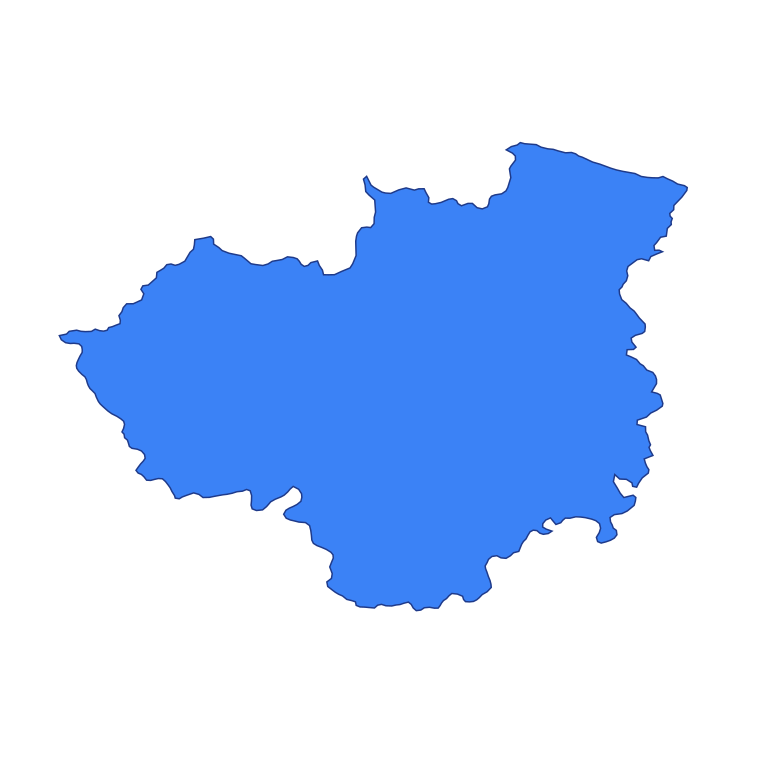 outline of Baliza, Goiás, Brazil, rotated 265°
{"feature_id": "56859067B68907801422928", "entity_name": "Baliza", "entity_type": "district", "adm_level": 2, "iso_a3": "BRA", "parent_name": "Brazil", "parent_adm1": "Goiás", "projection": "equal_earth", "projection_center": [-52.451, -16.34], "detail": "fine", "context": "isolated", "style": "filled", "palette": "blue", "viewbox_px": 768, "rotation_deg": 265, "n_neighbors": 0, "source": "geoboundaries", "source_scale": "gbopen_adm2", "svg_char_len": 6007}
<svg xmlns="http://www.w3.org/2000/svg" viewBox="0 0 768 768"><g transform="rotate(265 384 384)"><path d="M359.1,118.8L356.6,120.7L353.1,120.9L350.5,123.5L347.6,124.2L344.0,124.9L341.9,127.3L340.5,132.7L338.4,136.6L334.6,139.3L330.8,139.6L328.2,137.5L325.6,134.6L322.8,132.1L319.6,129.4L316.7,131.3L315.1,134.4L312.6,136.7L308.9,139.1L308.3,143.1L309.0,147.2L309.5,150.9L308.9,155.0L305.9,157.8L302.5,160.0L299.3,161.9L295.4,163.4L291.1,165.6L288.5,166.1L287.5,170.0L289.1,173.3L290.4,178.0L292.1,184.9L290.1,190.1L286.7,193.8L286.3,200.1L286.9,205.4L287.4,210.6L287.7,214.2L287.8,217.9L288.4,223.2L289.5,228.1L289.6,233.7L290.9,237.9L289.3,241.4L284.4,242.4L279.1,241.8L274.9,241.0L271.1,241.8L269.1,245.9L269.2,252.1L272.1,256.3L274.2,258.5L276.5,260.8L278.7,265.6L280.5,271.5L282.0,274.9L284.8,278.6L287.5,281.3L289.9,284.6L286.6,289.8L281.9,292.3L278.3,292.3L274.4,291.0L271.6,286.9L269.9,282.8L268.6,278.9L266.8,275.3L263.0,272.7L258.8,274.9L256.7,278.8L255.6,282.2L253.9,287.1L252.8,293.7L249.5,297.5L244.5,298.3L239.4,298.5L234.8,298.5L231.4,299.8L228.9,303.1L226.6,307.8L224.2,312.2L221.0,316.5L218.3,318.3L215.0,318.3L210.4,315.9L206.5,314.0L202.9,315.0L199.6,315.9L194.9,314.7L191.8,309.8L187.2,310.3L183.6,314.2L180.8,317.3L178.5,320.5L176.5,324.2L172.7,328.1L170.9,333.3L169.5,336.6L165.9,337.0L164.0,340.7L163.4,345.5L162.6,349.8L161.7,355.0L164.2,358.4L164.7,362.3L162.9,366.6L162.2,372.4L162.8,376.7L162.9,380.7L163.9,384.8L164.6,389.3L162.1,391.9L158.3,393.6L155.4,396.4L155.6,401.0L157.6,404.7L157.6,409.9L156.3,414.7L156.0,418.4L158.3,420.5L160.9,422.3L163.1,424.4L164.8,427.6L167.3,430.2L169.4,433.3L168.3,438.9L165.7,443.8L162.4,444.5L160.1,446.2L159.5,450.2L159.6,454.2L160.9,457.5L162.8,460.2L165.7,463.5L168.1,468.7L172.0,473.1L175.2,473.1L178.9,472.5L183.1,471.2L187.8,470.1L191.2,469.1L193.9,468.9L197.2,471.2L200.2,472.8L202.8,476.5L203.1,481.5L200.6,485.4L199.7,490.4L201.9,495.0L204.6,498.3L205.5,503.7L208.5,505.2L212.4,507.2L215.0,509.2L217.3,512.0L220.5,514.0L224.0,516.6L225.4,519.9L224.6,523.6L221.8,526.3L220.4,529.6L220.7,534.6L222.8,538.5L225.3,532.9L227.7,529.6L231.0,530.0L234.4,533.3L236.1,538.2L232.7,540.5L229.1,543.0L230.4,548.0L232.6,550.1L234.6,552.9L234.1,557.5L235.0,563.5L234.3,568.5L233.3,573.0L231.3,579.1L229.4,583.1L226.2,586.5L221.4,587.2L217.2,585.5L212.7,582.2L208.4,583.1L206.6,586.5L207.4,591.3L208.6,596.0L210.4,600.0L213.5,602.9L217.9,602.7L220.5,599.8L223.8,599.0L226.8,597.7L231.3,597.5L233.8,602.1L234.2,609.8L236.3,615.3L241.3,622.6L245.4,624.2L249.0,625.0L251.5,622.5L250.0,613.0L254.6,609.8L260.1,607.3L266.7,604.0L273.7,606.0L268.8,610.5L267.9,617.2L263.9,622.4L260.4,622.8L259.2,626.7L263.0,629.0L268.0,633.1L272.2,639.5L275.5,640.4L278.7,638.7L282.4,637.5L286.7,636.7L289.4,645.7L294.4,643.5L297.8,642.5L300.2,644.2L304.4,642.9L310.1,642.1L313.6,640.5L318.6,640.8L321.6,632.5L325.9,633.2L328.2,642.6L331.8,647.2L334.2,653.4L337.7,659.3L340.3,660.1L349.0,658.2L350.8,655.5L352.8,649.9L360.6,655.5L364.6,655.9L368.3,655.1L372.1,652.8L375.0,647.0L379.6,643.9L381.9,640.8L386.4,637.7L389.6,632.3L391.8,628.0L397.0,629.2L396.7,635.6L398.7,638.3L404.2,634.6L408.2,634.2L410.6,638.7L411.9,645.6L413.6,648.3L418.0,649.3L421.0,649.3L427.5,644.1L431.0,642.0L434.8,639.6L438.4,635.7L443.3,632.3L447.3,628.2L453.2,626.5L457.4,626.5L460.0,629.6L462.5,630.9L465.7,634.4L470.6,636.3L475.5,635.6L479.8,637.3L485.8,647.0L486.3,651.5L483.7,658.4L487.7,660.9L489.8,667.1L491.5,672.9L493.3,669.8L493.6,665.3L498.4,665.0L501.1,667.9L506.1,672.3L506.7,678.1L514.3,679.8L517.8,684.1L520.5,684.1L523.8,685.6L526.2,683.7L529.0,683.5L532.4,687.8L536.6,688.3L544.2,697.0L550.4,702.5L553.3,703.2L555.4,700.6L557.6,693.9L560.9,689.4L563.8,684.1L566.4,680.0L565.4,675.2L566.0,669.6L566.8,664.6L568.3,658.4L571.8,652.4L575.0,640.5L577.0,634.2L579.2,628.8L584.2,618.2L586.9,611.2L592.6,601.4L594.2,597.7L596.6,595.0L598.3,590.9L598.5,584.9L601.0,577.9L603.0,573.1L604.0,567.7L606.2,561.2L609.2,556.5L610.0,551.7L611.1,545.1L612.6,540.8L610.5,537.6L609.4,531.5L606.6,526.2L602.8,532.1L599.7,534.7L595.6,534.5L589.9,529.3L587.4,527.7L578.5,528.3L568.9,524.4L565.7,522.3L563.2,517.8L562.7,511.0L561.7,507.4L559.0,505.2L554.4,504.1L551.5,502.5L549.9,497.2L551.5,492.1L556.2,487.8L556.6,483.4L554.8,476.7L557.2,473.4L560.3,472.2L562.7,468.7L562.4,464.5L559.9,456.7L559.1,450.8L559.1,447.1L561.2,444.1L565.7,444.9L571.2,442.4L575.0,441.0L575.4,435.5L574.5,431.2L577.4,423.1L576.1,415.7L573.3,407.4L574.1,402.2L575.3,398.7L581.0,390.8L583.3,388.4L592.4,384.8L589.9,381.4L584.0,382.5L577.3,382.6L573.7,385.4L568.1,390.8L556.0,390.6L550.9,388.8L544.6,388.1L541.0,384.4L541.8,380.5L541.6,375.3L536.9,370.9L533.7,369.5L528.8,368.3L514.4,367.4L506.5,363.3L502.6,360.3L499.8,351.4L497.2,344.2L497.6,338.2L498.1,333.3L502.8,332.6L507.7,329.9L512.4,328.5L511.3,321.7L508.8,318.7L508.1,314.8L510.5,311.9L513.7,310.3L516.3,308.4L517.9,304.7L519.1,298.9L516.9,293.5L516.5,289.4L516.0,283.4L513.7,279.0L512.6,273.7L514.2,266.4L515.4,261.9L521.6,255.8L524.2,253.0L526.5,245.3L527.8,241.0L531.0,234.4L534.3,231.4L538.2,226.5L543.2,226.7L546.0,224.2L545.0,217.0L544.3,208.1L539.1,207.2L534.8,205.9L532.1,202.3L523.7,196.3L521.1,190.3L520.4,186.3L522.1,182.3L521.8,178.0L518.5,174.7L516.5,170.7L515.0,167.5L509.6,166.5L503.1,157.8L502.8,152.3L499.5,150.1L494.8,152.6L491.6,151.1L488.9,149.9L485.8,141.2L486.3,134.6L482.8,130.9L478.9,129.2L475.2,125.9L470.5,126.9L467.1,126.3L466.0,122.3L464.8,118.4L464.2,114.7L461.7,112.9L461.1,109.3L461.9,105.4L463.8,101.1L461.9,97.1L462.2,91.1L462.9,86.7L464.4,82.5L463.9,75.0L461.4,72.1L460.5,64.8L456.2,66.4L452.9,70.4L451.7,75.0L451.6,78.7L450.6,83.6L447.8,86.1L444.7,86.4L441.8,86.1L438.3,83.6L435.3,81.8L432.0,80.0L429.1,79.1L426.4,79.3L423.5,80.9L419.9,83.9L417.2,86.7L414.4,87.9L411.0,88.5L408.1,89.3L405.1,90.7L402.5,93.0L399.7,95.3L395.9,96.3L391.4,98.0L388.8,99.6L386.2,101.9L383.5,104.4L381.0,106.8L378.1,110.2L375.1,115.1L372.3,118.7L369.6,121.4L366.4,122.0L362.4,120.7L359.1,118.8Z" fill="#3b82f6" stroke="#1e3a8a" stroke-width="1.5"/></g></svg>